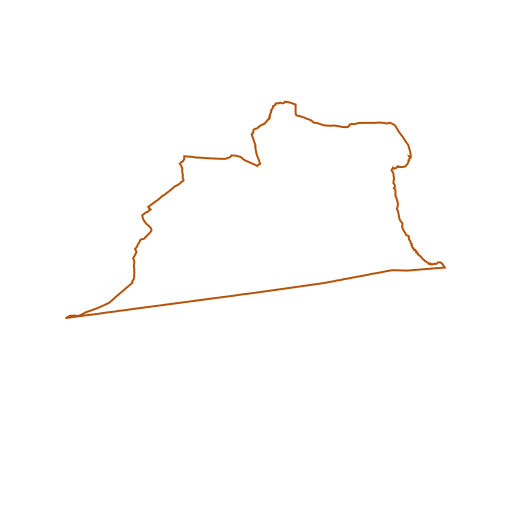 Longido, Arusha, United Republic of Tanzania (orthographic projection), rotated 143°
{"feature_id": "72390352B95731720096997", "entity_name": "Longido", "entity_type": "district", "adm_level": 2, "iso_a3": "TZA", "parent_name": "United Republic of Tanzania", "parent_adm1": "Arusha", "projection": "orthographic", "projection_center": [36.6, -2.642], "detail": "fine", "context": "isolated", "style": "outline", "palette": "amber", "viewbox_px": 512, "rotation_deg": 143, "n_neighbors": 0, "source": "geoboundaries", "source_scale": "gbopen_adm2", "svg_char_len": 5903}
<svg xmlns="http://www.w3.org/2000/svg" viewBox="0 0 512 512"><g transform="rotate(143 256 256)"><path d="M312.3,360.1L312.1,359.8L312.0,359.4L313.0,358.0L313.0,357.6L312.9,357.4L312.1,356.8L312.1,356.6L315.3,356.5L316.1,356.6L317.4,357.0L319.6,357.1L320.9,357.0L322.3,357.1L323.8,354.0L324.0,353.1L324.2,351.0L324.2,347.8L323.2,342.6L323.4,340.7L323.9,339.6L324.0,339.4L325.8,338.7L326.9,338.4L330.1,338.0L330.8,337.8L332.0,337.8L332.8,337.7L333.3,337.4L334.9,337.2L335.6,337.3L337.3,338.2L338.1,338.5L339.2,338.2L340.2,337.5L341.6,337.0L343.4,336.3L345.8,334.9L348.5,334.4L348.6,332.9L348.8,331.7L349.0,331.2L352.2,329.5L353.8,328.8L355.1,328.4L355.5,328.1L355.9,326.2L356.9,324.2L357.3,323.8L359.1,322.1L359.7,321.5L360.6,319.9L360.9,319.1L362.3,317.3L363.7,315.2L364.8,314.2L365.6,312.9L367.5,311.1L368.5,310.8L370.1,310.2L370.7,309.7L370.9,309.0L387.7,308.0L393.0,307.7L395.2,307.4L401.6,307.0L411.1,309.1L417.2,310.7L417.3,310.9L419.5,311.4L425.8,313.5L428.1,313.8L431.9,314.5L434.0,315.1L436.9,317.7L440.4,320.1L445.5,321.0L435.0,315.2L431.4,313.1L430.0,312.4L420.8,307.1L419.7,306.4L408.5,300.3L401.3,296.1L399.5,295.3L394.0,292.0L386.5,287.9L313.3,246.6L298.2,238.0L289.5,233.3L285.7,231.0L282.2,229.1L280.7,228.2L216.5,192.7L212.4,190.8L209.7,189.3L206.2,187.8L203.7,186.3L199.1,184.3L197.0,183.1L192.7,181.0L191.3,180.4L189.9,179.6L188.5,179.0L183.7,176.5L176.8,173.1L174.5,172.2L169.0,169.2L160.8,165.3L155.8,162.7L151.7,159.5L144.0,153.3L133.0,146.4L112.2,133.2L111.9,137.3L112.3,139.0L112.3,139.5L113.2,140.4L114.2,141.2L114.7,141.3L116.0,141.1L116.5,141.1L117.1,141.4L118.2,142.6L119.5,142.7L119.9,143.2L121.2,143.8L121.4,144.3L121.1,144.8L121.2,145.1L121.5,145.2L122.4,145.3L122.7,145.5L122.5,146.6L123.2,147.9L123.5,149.1L124.1,150.3L124.1,151.1L124.6,152.9L124.9,157.4L125.2,158.2L125.7,159.4L125.7,160.0L125.4,160.3L125.1,160.9L125.2,161.5L125.5,162.0L125.9,162.1L125.9,162.7L125.7,162.9L125.5,162.7L125.1,163.0L125.1,163.4L125.3,164.4L125.1,165.0L126.0,165.5L126.2,165.8L126.2,166.1L125.7,166.8L125.6,167.4L126.1,168.4L125.2,170.2L125.2,170.5L125.4,170.9L125.1,171.3L124.7,171.4L124.3,172.0L124.6,173.1L124.3,173.7L124.3,174.2L123.8,175.1L123.8,176.7L123.7,177.5L123.1,178.6L122.3,179.4L122.1,179.8L122.6,181.1L123.2,181.7L123.4,182.1L123.4,182.6L122.9,184.9L122.9,185.9L122.6,188.9L121.5,191.9L120.0,193.0L119.7,193.3L119.4,193.8L119.3,194.3L119.5,196.8L119.3,198.3L118.8,200.0L115.5,206.4L115.4,208.2L115.0,208.9L113.2,210.2L112.1,211.3L111.5,212.1L110.7,213.4L108.6,218.8L108.6,219.6L108.4,220.3L107.4,221.3L107.1,221.9L105.9,223.6L105.0,224.6L104.7,225.4L105.1,226.9L105.1,227.3L104.9,227.4L104.1,227.3L103.7,227.5L103.2,228.1L102.7,228.9L102.3,229.9L102.5,231.4L100.2,233.9L99.9,234.0L99.4,234.7L98.8,235.3L98.3,236.2L98.3,236.5L97.8,237.5L97.1,238.2L96.4,240.0L96.3,241.6L96.3,242.5L96.2,242.8L95.8,243.2L94.0,243.7L93.9,243.7L94.0,243.4L93.9,243.2L93.7,243.1L93.4,243.0L93.2,243.4L93.0,242.7L92.6,242.3L92.2,242.3L91.2,242.0L90.7,242.1L90.3,242.0L89.2,242.4L88.6,242.1L88.9,241.6L88.7,241.3L88.4,241.3L88.2,241.4L87.7,240.6L87.5,240.4L86.3,239.4L85.2,238.8L83.7,238.1L83.3,237.7L82.4,237.7L81.2,238.1L80.0,238.2L79.0,238.7L78.7,238.8L78.1,239.1L77.0,240.0L76.7,240.6L76.1,240.3L74.4,241.7L74.0,242.2L73.8,243.2L73.7,243.0L73.5,242.1L73.3,241.7L73.0,241.5L70.9,244.9L69.4,248.2L68.6,250.8L67.8,252.2L67.7,252.7L67.6,253.5L67.6,256.5L67.1,263.5L67.2,268.7L66.5,275.0L66.5,276.6L66.6,277.2L67.4,279.2L68.6,281.3L69.7,282.5L71.3,282.8L71.6,283.0L72.9,284.1L73.3,284.8L74.1,285.6L77.4,288.5L80.8,290.7L93.8,300.4L94.2,300.6L94.6,300.5L95.6,301.1L98.0,302.1L98.5,302.3L99.2,303.3L99.9,303.6L100.6,304.1L101.7,304.5L102.2,304.6L102.7,304.2L103.0,303.8L103.3,303.8L104.0,304.0L104.4,303.8L105.1,303.8L105.8,304.1L106.9,305.2L107.8,305.6L109.8,307.5L110.7,308.6L111.7,309.6L112.8,310.9L114.2,312.4L115.0,313.1L117.3,314.6L120.5,317.1L123.6,320.1L126.6,324.7L127.8,326.0L129.8,328.0L130.0,329.9L130.8,332.1L133.4,335.9L134.3,337.8L137.4,341.9L137.3,342.0L138.7,343.5L139.0,344.1L139.0,344.8L138.7,345.7L137.5,347.5L133.2,353.1L136.2,357.6L138.0,359.9L140.1,361.8L140.4,361.4L140.9,361.5L141.7,361.4L142.3,361.6L143.1,362.1L143.8,362.9L144.0,363.6L144.2,363.8L145.6,364.3L146.0,364.2L147.3,365.4L148.4,365.8L148.7,365.9L149.1,365.3L149.7,365.0L150.3,365.2L151.7,365.1L152.2,365.4L153.5,364.1L154.3,363.9L154.7,363.7L155.2,363.6L155.7,363.3L156.2,363.3L156.5,363.0L156.5,362.8L156.8,362.6L156.9,362.1L157.8,361.5L159.0,361.1L159.5,360.5L160.0,360.2L159.9,360.0L160.1,359.7L160.7,359.4L160.7,359.5L160.9,359.5L161.0,359.3L161.1,359.1L161.3,359.0L161.7,359.0L161.8,358.7L162.2,358.6L162.4,358.5L162.2,358.0L162.4,358.0L162.9,358.1L163.0,358.0L162.9,357.6L163.1,357.5L163.5,357.7L163.8,357.6L164.3,357.7L165.0,357.5L165.6,357.6L165.8,357.3L166.0,357.3L166.4,357.1L167.7,357.0L169.4,356.5L169.8,356.5L170.1,356.8L170.7,356.7L171.5,357.0L172.6,357.1L173.3,357.4L175.0,357.6L176.5,357.3L176.8,357.5L177.4,357.4L178.0,357.2L178.7,357.4L179.2,357.7L180.3,358.1L181.9,358.3L183.1,357.2L184.0,356.2L184.5,355.9L185.1,356.2L185.4,355.8L186.1,355.6L186.3,355.6L188.5,348.8L190.1,344.1L190.9,343.8L191.6,342.3L191.8,342.1L194.3,336.8L195.5,332.8L195.7,331.7L197.3,327.1L199.2,327.4L200.8,327.1L201.0,327.8L206.2,337.1L207.8,340.4L208.6,344.2L211.4,347.9L214.9,351.0L217.2,350.5L221.7,351.9L224.4,353.8L230.5,358.8L234.8,362.4L238.8,365.9L245.8,371.8L246.1,372.4L246.7,372.9L248.0,374.3L249.8,375.7L253.2,378.8L254.2,377.9L254.7,376.8L255.2,376.3L256.3,376.2L257.1,375.8L257.8,375.7L258.4,375.6L258.9,375.8L259.8,375.8L261.3,375.6L261.3,374.8L261.5,372.7L261.8,371.8L262.1,371.3L262.0,370.6L264.6,367.1L265.6,364.7L266.5,363.9L267.6,362.3L267.8,360.8L268.1,360.3L269.0,360.0L271.8,360.0L272.9,359.7L275.9,359.8L276.9,360.1L278.2,360.2L279.0,360.5L283.9,360.1L287.7,360.0L293.1,360.0L294.7,360.3L298.1,360.0L300.0,359.8L303.3,360.0L312.3,360.1Z" fill="none" stroke="#b45309" stroke-width="2"/></g></svg>